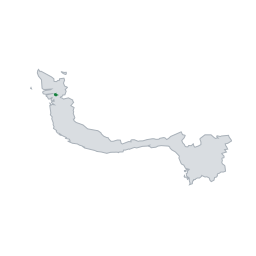 Thi xa Cai Lay, Tiền Giang, Vietnam shown in context, rotated 117°
{"feature_id": "81297802B17596796998347", "entity_name": "Thi xa Cai Lay", "entity_type": "district", "adm_level": 2, "iso_a3": "VNM", "parent_name": "Vietnam", "parent_adm1": "Tiền Giang", "projection": "equal_earth", "projection_center": [106.133, 10.425], "detail": "fine", "context": "in_parent", "style": "filled", "palette": "green", "viewbox_px": 256, "rotation_deg": 117, "n_neighbors": 0, "source": "geoboundaries", "source_scale": "gbopen_adm2", "svg_char_len": 4093}
<svg xmlns="http://www.w3.org/2000/svg" viewBox="0 0 256 256"><g transform="rotate(117 128 128)"><path d="M150.7,47.5L149.0,47.6L147.1,49.5L144.7,50.7L144.2,53.9L142.2,55.4L141.2,54.7L139.2,55.4L137.0,54.7L137.8,58.5L135.7,61.5L135.9,63.4L135.3,64.8L131.6,69.1L130.5,69.1L129.6,69.8L127.8,74.9L127.6,79.1L126.8,81.4L125.9,82.4L125.8,83.8L128.6,90.4L130.5,93.1L132.4,94.4L135.1,98.4L134.7,99.4L134.9,101.6L133.6,101.0L133.8,101.3L135.3,102.5L137.7,106.7L141.8,111.2L142.4,113.5L146.4,117.2L146.3,117.7L149.1,120.6L149.5,121.8L151.6,121.7L153.5,125.1L154.2,125.1L154.4,126.6L157.5,132.4L160.2,135.4L161.5,140.9L163.0,145.0L163.1,147.4L165.5,157.5L165.3,158.8L164.8,157.5L164.9,161.4L165.3,163.4L165.2,165.9L166.8,170.6L167.1,175.8L165.9,173.6L164.6,175.1L165.6,178.8L164.5,178.5L164.6,183.5L165.1,185.2L165.0,185.9L164.4,184.5L164.0,186.9L164.5,188.5L163.7,190.3L162.7,190.5L162.2,194.2L160.4,194.5L159.1,196.2L157.5,196.8L154.4,200.1L152.5,200.6L151.5,203.2L149.8,203.5L143.5,207.9L142.7,206.9L141.6,206.5L140.7,204.1L140.1,207.9L139.6,208.2L138.6,207.4L137.7,205.9L136.4,206.9L137.8,207.2L138.2,208.2L138.0,209.4L134.8,209.4L137.7,210.9L138.3,212.0L136.9,213.9L136.9,215.2L136.2,215.8L134.7,214.6L131.3,210.5L135.3,216.4L136.0,219.0L135.0,220.2L133.9,220.3L132.0,218.5L129.0,214.3L127.9,213.7L131.5,219.7L132.0,221.0L131.6,222.6L124.3,227.0L122.4,231.3L120.1,233.8L117.7,234.5L116.4,234.3L117.7,232.1L116.9,231.3L117.2,219.5L117.8,216.4L119.9,215.2L119.9,214.6L119.2,212.8L117.5,212.1L116.7,210.8L115.2,211.3L112.7,207.7L114.2,206.2L117.3,205.9L119.4,203.5L119.2,200.8L119.4,200.4L122.3,201.4L123.3,199.8L127.1,199.3L128.2,201.1L129.1,200.8L130.8,202.1L131.6,202.1L131.2,200.3L131.5,198.6L128.2,194.8L128.2,189.9L129.0,189.6L129.8,188.1L134.1,189.1L134.3,185.3L137.4,184.8L138.1,183.8L139.9,183.4L142.9,180.1L144.2,179.9L144.9,180.7L146.1,179.2L146.6,176.7L145.7,169.5L147.1,163.6L144.1,153.6L144.5,150.1L145.4,148.9L146.3,146.0L146.2,142.8L145.7,141.2L146.5,140.1L147.6,137.2L146.6,135.2L143.5,132.0L142.3,129.3L144.7,127.1L144.8,125.8L139.8,121.3L138.9,119.0L137.7,119.9L136.8,119.3L135.6,117.0L135.2,112.7L134.4,112.0L132.7,108.9L129.9,106.0L126.5,101.4L125.8,100.0L125.4,97.9L124.0,95.4L122.7,94.9L120.3,91.8L120.0,90.5L120.7,88.3L119.0,87.2L116.1,86.1L107.3,78.9L109.2,76.4L108.6,74.0L108.8,73.6L111.3,73.5L114.8,74.4L116.4,72.5L117.2,70.3L118.4,68.7L118.4,67.8L117.6,66.1L116.0,66.0L115.1,63.6L112.5,62.7L114.2,61.1L114.8,59.7L112.3,57.3L109.7,55.5L107.3,56.7L105.5,58.7L104.7,59.0L99.1,56.3L96.4,50.9L97.5,46.6L97.5,45.0L96.4,44.3L96.1,43.2L95.3,45.1L94.5,45.1L93.7,41.9L92.7,41.1L88.9,35.1L90.1,33.9L91.9,30.5L92.6,29.9L96.4,32.2L98.0,34.2L99.6,32.8L99.6,32.1L101.6,29.6L103.4,32.2L104.7,29.4L108.1,32.9L108.6,32.2L109.3,29.9L110.2,29.2L111.0,29.1L111.9,30.4L112.6,30.5L114.3,29.1L116.0,28.9L117.1,27.6L117.5,24.9L117.9,24.4L122.2,21.5L123.9,23.0L125.1,25.3L126.6,25.9L128.2,27.4L129.4,27.2L129.8,26.7L131.4,26.8L132.8,28.4L135.5,27.7L138.0,29.5L137.2,31.5L136.0,32.4L135.6,33.4L135.7,35.7L136.7,37.1L136.8,40.8L137.5,40.5L140.1,41.6L141.0,43.4L142.3,44.5L143.3,44.6L144.1,46.1L145.0,45.6L145.4,46.2L147.2,46.0L148.4,45.4L150.7,47.5ZM108.7,208.0L108.9,210.5L108.2,213.3L107.5,210.2L106.4,208.3L107.9,207.5L108.7,208.0ZM146.8,51.6L145.3,53.4L144.7,53.4L145.4,50.9L146.8,51.6ZM140.7,58.3L140.3,58.4L139.5,57.2L139.9,56.6L140.9,57.0L141.1,57.6L140.7,58.3ZM145.9,55.8L145.3,56.1L144.6,56.1L146.3,54.2L145.9,55.8ZM138.2,55.7L138.9,57.6L138.0,56.6L138.2,55.7ZM142.8,207.2L141.5,208.8L141.5,208.1L142.8,207.2ZM136.9,232.8L136.0,232.8L136.9,231.8L136.9,232.8Z" fill="#d9dde1" stroke="#a8b0b8" stroke-width="1"/><path d="M131.8,207.1L131.8,206.9L131.7,206.9L131.5,206.7L131.4,206.7L131.2,206.6L130.9,206.5L130.8,206.4L130.8,206.5L130.8,206.8L130.8,207.0L130.8,207.3L130.9,207.5L130.8,207.8L130.7,207.9L130.7,208.0L130.8,208.2L130.7,208.2L130.8,208.3L130.8,208.2L130.8,208.3L130.9,208.5L131.0,208.6L131.3,208.5L131.3,208.4L131.5,208.3L131.7,208.2L131.8,208.2L131.9,207.9L131.7,207.7L131.8,207.6L131.9,207.4L131.9,207.2L131.8,207.1Z" fill="#22c55e" stroke="#15803d" stroke-width="1.5"/></g></svg>